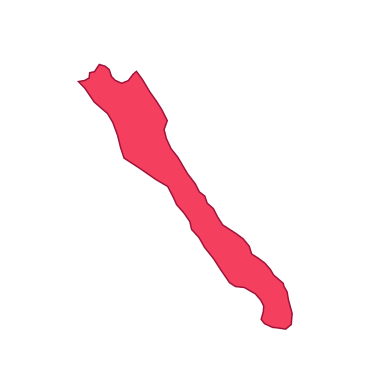 Borgholm, Kalmar, Sweden, rotated 123°
{"feature_id": "70781695B15457803066593", "entity_name": "Borgholm", "entity_type": "district", "adm_level": 2, "iso_a3": "SWE", "parent_name": "Sweden", "parent_adm1": "Kalmar", "projection": "orthographic", "projection_center": [16.858, 57.026], "detail": "fine", "context": "isolated", "style": "filled", "palette": "rose", "viewbox_px": 384, "rotation_deg": 123, "n_neighbors": 0, "source": "geoboundaries", "source_scale": "gbopen_adm2", "svg_char_len": 1087}
<svg xmlns="http://www.w3.org/2000/svg" viewBox="0 0 384 384"><g transform="rotate(123 192 192)"><path d="M161.2,347.4L163.4,338.1L169.8,323.0L172.2,305.6L176.8,296.3L185.0,285.3L193.7,276.0L200.6,267.4L200.6,248.8L201.2,229.2L200.6,215.3L206.9,204.3L211.0,198.0L213.9,187.6L217.9,177.8L223.6,172.0L226.5,161.1L231.6,151.3L236.2,137.5L241.9,124.8L247.6,111.0L247.6,104.1L243.6,96.1L242.9,83.5L245.2,75.5L248.6,69.7L253.8,66.9L261.2,64.6L262.9,59.4L261.7,50.8L259.4,46.3L256.0,38.8L249.1,36.6L239.4,41.8L229.7,52.6L224.0,57.8L221.1,63.5L218.9,65.8L217.2,78.4L214.3,84.1L212.0,92.2L211.5,99.6L211.5,108.2L206.3,114.5L203.4,123.7L202.9,132.3L202.9,148.4L198.9,157.1L194.3,165.1L193.1,173.2L188.5,179.0L187.9,185.9L183.3,193.9L179.2,205.5L175.2,213.6L170.6,222.8L167.1,233.2L161.3,242.4L154.9,249.4L145.6,251.6L139.2,262.6L135.2,271.3L131.1,281.7L124.6,295.0L121.1,304.3L125.2,305.5L133.3,306.1L139.1,310.2L140.2,317.2L139.0,322.4L134.4,328.2L133.8,333.4L135.5,339.2L144.2,339.3L147.7,342.8L152.4,340.4L157.0,342.8L161.2,347.4Z" fill="#f43f5e" stroke="#9f1239" stroke-width="1.5"/></g></svg>